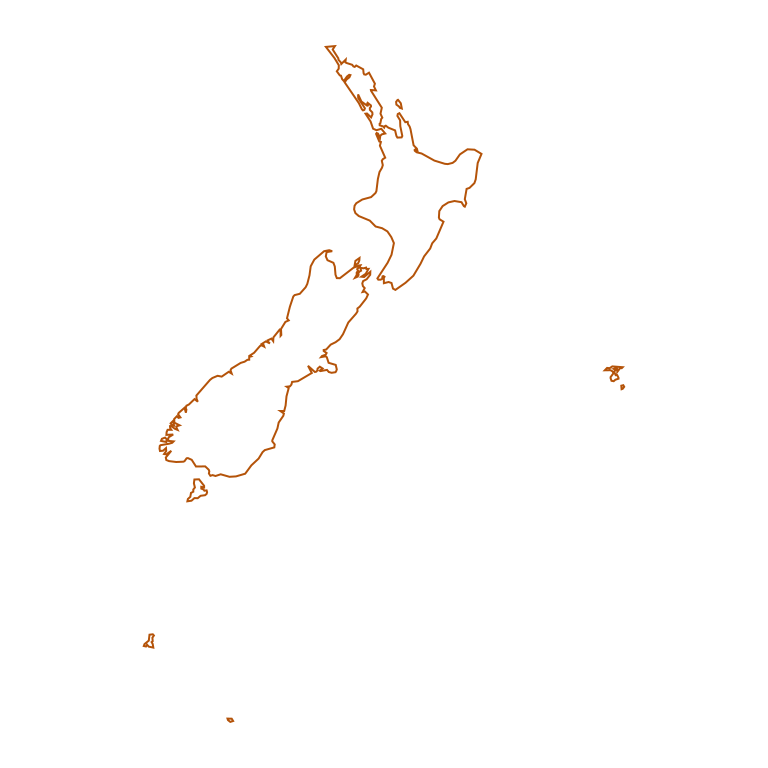 SVG path tracing the border of New Zealand
{"feature_id": "NZL", "entity_name": "New Zealand", "entity_type": "country or territory", "adm_level": 0, "iso_a3": "NZL", "parent_name": "Oceania", "parent_adm1": "", "projection": "mercator", "projection_center": [173.207, -30.558], "detail": "fine", "context": "isolated", "style": "outline", "palette": "amber", "viewbox_px": 768, "rotation_deg": 0, "n_neighbors": 0, "source": "natural_earth", "source_scale": "50m", "svg_char_len": 6095}
<svg xmlns="http://www.w3.org/2000/svg" viewBox="0 0 768 768"><path d="M336.8,278.1L339.9,278.2L353.4,267.8L359.0,265.5L360.5,265.3L359.2,267.6L357.5,268.4L357.2,269.3L358.1,270.6L356.7,272.6L356.7,275.0L355.0,277.8L357.7,276.6L358.6,274.8L358.1,273.8L359.3,271.7L361.1,270.7L360.4,267.9L363.6,268.3L366.1,267.6L366.4,269.0L368.5,268.9L365.7,273.8L361.4,276.7L364.1,277.0L370.3,271.8L370.2,274.8L366.7,279.2L363.1,281.1L362.3,283.4L362.9,286.1L364.7,288.1L362.6,292.0L364.9,291.5L368.0,294.5L366.2,298.4L359.7,306.7L357.4,308.5L357.5,311.4L356.1,313.6L348.3,322.5L343.0,334.2L339.6,339.2L335.6,342.2L330.7,344.6L326.2,349.5L323.7,350.0L323.7,351.0L326.6,353.0L325.7,354.7L322.0,356.0L321.1,357.1L325.5,356.3L326.8,357.2L328.6,362.8L335.7,364.9L336.8,369.4L336.2,371.1L335.5,372.2L331.6,372.8L328.8,372.0L327.0,369.9L320.4,371.1L319.7,370.7L322.6,368.5L319.8,366.7L317.6,368.6L317.3,370.5L316.4,371.6L314.9,372.0L308.0,365.8L311.8,373.0L297.9,381.2L292.1,381.9L291.4,384.6L290.0,386.3L286.7,386.7L288.7,388.1L286.5,396.3L285.6,405.5L284.2,411.0L280.3,411.0L283.9,413.5L283.3,415.8L278.7,422.5L277.4,428.5L272.3,440.3L272.3,441.4L274.7,444.4L274.3,447.4L264.8,450.1L262.6,452.1L258.6,458.6L251.4,465.3L245.2,473.7L236.0,476.4L229.5,476.8L220.7,474.3L215.5,476.0L212.6,475.1L210.4,475.8L208.9,473.5L209.3,471.3L208.7,469.7L205.2,466.4L196.0,466.5L191.7,459.8L187.9,458.1L186.6,458.3L184.5,461.2L183.3,461.7L176.2,462.0L169.0,461.1L166.3,460.0L165.8,457.5L171.3,450.8L166.3,454.4L164.1,454.0L166.2,451.0L166.0,448.1L163.1,450.7L160.0,451.0L159.5,448.7L159.8,445.9L160.5,445.2L169.1,443.7L172.2,442.8L173.6,441.4L168.4,440.9L168.1,438.8L168.8,437.2L173.2,434.5L166.4,434.9L166.6,432.1L167.6,429.8L171.3,429.8L170.2,428.2L170.0,426.1L171.0,425.9L174.9,428.8L177.6,429.9L176.5,427.7L176.6,426.3L179.6,425.3L174.4,422.7L174.2,419.0L176.9,416.2L178.5,417.9L180.4,417.4L178.1,414.2L178.7,412.9L184.5,407.8L185.9,412.7L186.4,409.5L185.7,408.2L186.4,405.7L188.9,404.5L194.5,399.1L197.8,401.7L196.6,398.9L196.4,395.5L210.0,379.9L212.4,378.0L217.6,375.8L221.7,376.6L228.7,371.8L231.7,373.6L230.5,370.2L231.4,368.6L240.7,362.9L244.6,361.7L247.4,359.8L249.2,359.7L249.2,356.9L251.1,356.4L249.8,355.6L254.1,352.8L260.0,346.0L261.6,345.3L264.2,346.7L263.6,345.0L261.7,344.0L265.8,341.4L269.9,343.4L267.9,341.5L267.6,340.4L271.4,338.6L273.2,341.1L273.4,337.4L279.5,329.8L280.6,331.4L280.6,335.8L281.3,335.0L281.0,329.0L285.4,321.9L288.7,320.4L287.0,318.3L289.9,306.7L293.3,296.5L294.6,295.1L299.8,293.8L305.6,287.3L307.3,283.9L309.5,275.3L310.7,266.3L314.3,259.6L324.1,251.2L329.2,250.2L332.2,251.2L326.6,252.1L325.8,256.4L327.5,260.2L333.4,262.8L334.8,266.5L335.5,274.7L336.8,278.1ZM340.9,62.5L341.3,64.0L345.7,59.6L345.4,62.3L346.3,62.9L352.2,64.8L353.4,66.4L354.7,66.9L356.2,65.5L363.2,69.3L363.6,73.2L364.2,74.4L365.8,74.7L369.0,72.7L374.9,83.7L374.0,86.5L375.9,90.4L370.9,90.0L371.0,90.7L381.8,107.7L380.5,113.7L382.3,117.7L381.2,119.0L380.4,123.1L379.6,123.8L379.7,125.3L383.1,126.4L384.2,127.6L384.9,126.1L385.8,125.7L388.4,127.7L395.1,130.4L396.4,135.9L397.4,137.6L401.6,137.4L402.3,136.0L400.3,126.2L400.1,120.3L397.4,115.9L397.8,114.0L399.4,113.2L405.3,122.2L407.7,121.8L408.0,124.1L409.6,126.5L410.5,129.2L413.6,145.3L416.9,148.7L417.3,150.3L415.2,149.5L414.6,150.0L414.8,150.8L416.7,152.3L421.6,153.5L434.4,160.6L444.8,163.8L447.8,164.1L452.6,162.9L455.4,160.8L459.9,154.4L467.5,149.3L474.5,149.7L481.5,153.9L477.7,163.0L475.7,179.4L474.4,183.1L469.5,187.9L466.6,188.9L464.8,199.2L466.3,203.3L464.8,206.7L463.9,206.2L461.5,202.2L454.5,201.0L448.4,202.4L442.6,206.1L439.3,211.1L438.9,217.6L439.6,219.3L443.5,221.7L436.3,238.5L432.2,243.3L430.2,248.5L424.1,256.4L420.5,263.8L413.4,275.7L405.5,282.8L395.4,289.9L393.0,288.6L391.5,283.0L388.6,282.0L383.9,283.2L383.8,278.0L384.5,276.8L383.5,276.1L382.6,276.3L382.3,277.5L382.9,278.5L380.6,279.7L378.3,279.7L377.4,278.4L387.6,262.8L391.5,254.8L393.9,243.1L391.3,237.1L387.4,231.4L382.1,228.2L375.6,226.5L369.8,220.6L358.7,216.0L355.4,213.1L354.1,209.4L354.6,205.7L356.3,203.2L362.3,199.5L371.1,197.1L375.5,193.0L376.4,191.1L377.9,178.9L379.5,172.0L382.0,167.7L382.8,165.1L381.8,160.8L382.8,159.2L385.2,157.7L379.9,145.7L380.9,142.0L379.3,141.5L376.1,133.9L376.7,133.0L378.0,133.6L380.0,137.9L380.3,135.7L381.9,134.3L385.2,133.5L381.3,128.8L376.5,130.2L373.1,128.7L370.6,121.5L365.5,113.7L367.0,113.5L371.1,117.4L372.5,114.3L372.3,112.4L369.9,109.9L369.8,108.1L371.0,106.5L370.9,105.4L367.6,102.8L367.1,103.9L367.8,105.5L367.2,105.7L361.4,101.5L358.1,94.4L358.2,98.0L364.9,108.3L364.3,109.9L363.0,110.4L361.9,109.3L358.9,103.2L344.7,82.4L346.5,79.6L349.4,77.3L350.4,75.1L349.2,74.8L347.0,76.5L343.8,81.0L342.1,79.1L341.0,75.7L339.8,75.4L336.8,71.3L338.7,68.7L338.8,65.2L334.5,58.1L325.9,46.9L334.9,46.1L332.7,49.5L338.3,58.3L338.5,59.8L340.9,62.5ZM204.1,485.8L204.1,487.4L201.3,486.8L201.3,488.6L203.5,489.5L204.4,490.7L206.6,490.4L207.1,492.2L206.6,493.9L205.1,495.2L200.6,495.8L197.7,498.2L194.4,498.1L191.5,500.7L187.4,501.3L187.9,499.0L190.3,496.8L191.0,492.9L193.3,491.7L193.3,489.5L194.9,487.5L193.9,483.3L194.4,479.5L199.0,479.3L204.1,485.8ZM622.7,367.2L621.7,368.2L620.1,368.1L617.3,371.9L617.4,369.1L616.6,368.0L613.7,368.9L615.7,370.0L614.1,371.7L615.7,375.2L617.2,375.1L618.5,377.8L618.5,378.7L615.4,379.7L613.7,381.2L611.5,380.8L610.6,378.2L610.6,377.1L613.5,373.2L612.6,371.4L610.5,370.2L604.8,370.3L607.1,367.9L609.6,368.2L612.3,366.4L622.7,367.2ZM152.7,644.0L153.3,647.6L148.7,646.6L147.1,644.7L146.0,646.5L143.8,646.0L144.5,644.1L148.8,640.6L149.5,634.7L152.8,634.3L153.9,635.5L152.4,637.7L152.7,641.2L151.6,642.1L152.7,644.0ZM400.8,103.3L401.8,108.5L399.8,107.8L399.0,106.5L396.4,104.6L396.1,101.9L397.5,100.0L398.0,99.8L400.8,103.3ZM358.1,263.3L354.6,265.4L355.4,260.9L359.5,258.0L359.3,260.6L358.1,263.3ZM166.7,439.2L166.3,442.0L161.0,440.9L161.9,438.8L165.1,437.6L166.7,439.2ZM231.7,718.7L233.1,721.0L230.3,721.9L228.0,720.1L227.5,718.6L231.7,718.7ZM172.9,421.1L174.1,425.6L171.6,424.8L170.6,423.4L172.9,421.1ZM622.7,388.8L621.6,389.2L621.3,385.7L623.3,385.2L624.2,386.8L622.7,388.8Z" fill="none" stroke="#b45309" stroke-width="2"/></svg>